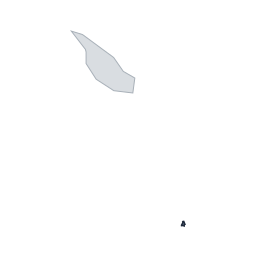 location of Ngebeianged, Palau, rotated 297°
{"feature_id": "81905179B65158388744507", "entity_name": "Ngebeianged", "entity_type": "district", "adm_level": 2, "iso_a3": "PLW", "parent_name": "Palau", "parent_adm1": "", "projection": "orthographic", "projection_center": [134.133, 6.918], "detail": "fine", "context": "in_parent", "style": "filled", "palette": "slate", "viewbox_px": 256, "rotation_deg": 297, "n_neighbors": 0, "source": "geoboundaries", "source_scale": "gbopen_adm2", "svg_char_len": 797}
<svg xmlns="http://www.w3.org/2000/svg" viewBox="0 0 256 256"><g transform="rotate(297 128 128)"><path d="M175.6,111.4L161.4,116.4L154.8,98.4L157.0,77.5L166.4,61.4L176.6,56.2L178.7,54.4L188.6,33.5L190.6,45.0L184.3,83.2L176.3,98.1L175.6,111.4Z" fill="#d9dde1" stroke="#a8b0b8" stroke-width="1"/><path d="M68.0,222.5L70.0,220.2L69.9,220.1L69.9,219.9L69.9,219.6L69.7,219.4L69.4,219.3L69.2,219.3L69.0,219.5L68.9,219.6L68.7,219.8L68.4,219.9L68.2,219.9L67.9,219.9L67.7,219.8L67.4,219.8L67.2,219.8L66.8,219.9L66.7,219.9L66.4,219.8L66.1,219.8L65.9,219.8L65.7,219.8L65.4,220.0L65.5,220.1L65.5,220.3L65.7,220.5L65.8,220.6L65.8,220.8L65.9,221.0L66.0,221.3L66.1,221.7L66.1,221.8L66.1,222.0L66.2,222.3L66.3,222.4L66.3,222.5L67.4,222.0L68.0,222.5Z" fill="#64748b" stroke="#1e293b" stroke-width="1.5"/></g></svg>